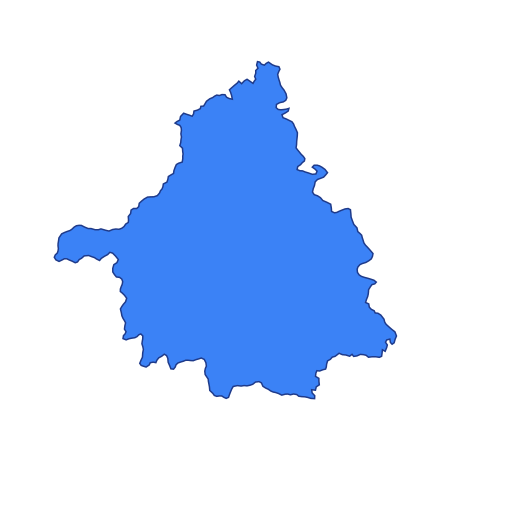 the district of Dores do Indaiá, Minas Gerais, Brazil, rotated 311°
{"feature_id": "56859067B54382916389320", "entity_name": "Dores do Indaiá", "entity_type": "district", "adm_level": 2, "iso_a3": "BRA", "parent_name": "Brazil", "parent_adm1": "Minas Gerais", "projection": "mercator", "projection_center": [-45.547, -19.504], "detail": "fine", "context": "isolated", "style": "filled", "palette": "blue", "viewbox_px": 512, "rotation_deg": 311, "n_neighbors": 0, "source": "geoboundaries", "source_scale": "gbopen_adm2", "svg_char_len": 5822}
<svg xmlns="http://www.w3.org/2000/svg" viewBox="0 0 512 512"><g transform="rotate(311 256 256)"><path d="M365.8,255.3L366.6,251.3L366.3,247.7L365.7,244.9L364.6,242.5L362.6,240.3L360.0,240.2L360.3,243.5L360.1,246.4L357.2,247.4L354.6,244.9L353.0,240.9L351.6,237.8L350.8,235.3L349.2,233.3L348.2,230.3L350.9,228.8L354.1,229.7L356.9,229.7L359.4,230.2L361.5,229.0L362.2,226.4L362.4,223.2L362.9,220.5L363.3,218.0L363.9,215.3L366.7,213.5L369.2,211.5L371.5,209.9L373.8,208.3L376.2,206.4L377.8,203.1L379.1,199.9L380.3,197.7L380.9,195.1L380.1,192.1L379.2,188.7L378.1,185.6L379.7,182.9L383.2,184.3L386.5,185.2L389.0,184.0L386.8,182.6L384.6,180.7L382.6,178.8L381.1,176.5L381.2,173.9L383.8,172.0L387.3,173.3L390.2,175.5L393.0,176.3L395.6,175.5L398.1,172.3L399.6,168.3L400.2,165.1L401.0,162.4L402.7,160.0L404.1,157.7L405.5,155.5L407.3,153.2L410.0,152.2L412.7,151.5L413.9,149.1L412.1,146.0L411.0,142.8L410.5,138.2L408.0,137.3L405.5,137.1L404.3,134.1L404.8,131.6L403.7,129.6L400.5,131.2L399.0,134.3L395.8,134.1L393.8,135.9L390.6,137.2L389.3,139.8L386.5,140.0L384.3,140.5L384.0,137.6L383.5,133.3L380.6,132.3L376.6,132.1L376.7,128.3L374.2,128.4L370.9,127.8L367.3,127.3L364.0,126.9L363.0,129.2L361.1,132.3L358.8,135.3L357.2,132.3L356.5,129.6L357.4,126.8L355.5,124.4L353.1,123.1L351.7,120.8L349.5,119.9L347.2,119.4L344.4,118.0L340.3,117.1L337.2,117.7L334.8,118.1L332.8,116.2L330.7,117.3L327.7,116.1L324.7,114.1L322.2,115.7L319.6,116.1L318.6,113.4L317.4,110.6L316.3,107.7L311.8,107.5L308.6,109.3L305.5,108.1L303.2,107.7L303.7,110.3L304.6,112.8L303.8,115.3L301.9,117.3L298.9,119.2L296.9,121.7L294.4,123.2L292.2,124.8L289.3,126.1L289.1,129.8L286.7,132.2L285.2,134.0L283.3,135.2L281.4,136.9L278.5,138.7L275.2,136.7L272.8,135.9L269.8,136.8L266.5,138.1L264.2,139.6L261.4,138.6L258.5,137.7L256.0,139.2L253.3,140.3L249.6,138.8L247.2,140.3L245.0,141.1L242.6,141.1L240.1,141.9L236.8,141.9L233.7,140.1L231.4,137.6L229.3,135.5L225.7,134.2L222.2,133.6L219.2,133.3L216.3,135.1L213.6,134.8L211.5,132.4L208.7,131.6L205.8,133.5L202.0,133.7L199.5,136.2L197.5,137.6L194.6,136.7L191.6,137.1L188.9,136.5L186.3,135.1L184.4,132.5L181.9,130.4L178.4,128.7L176.8,125.7L175.8,123.5L174.7,121.2L172.4,119.8L170.3,117.4L168.5,113.5L166.6,111.3L165.4,107.7L164.5,104.1L163.0,102.3L161.0,100.6L158.5,99.8L155.4,99.5L153.2,98.9L150.5,97.3L148.0,96.0L145.2,94.8L140.4,95.4L137.6,97.2L135.5,98.5L133.8,99.9L131.9,102.0L129.9,103.3L127.8,104.1L125.2,103.8L122.7,104.6L121.8,107.5L122.7,110.9L125.9,112.3L128.2,113.2L129.8,115.1L130.4,117.4L131.5,120.7L132.3,124.0L134.4,125.2L137.3,124.9L139.8,125.8L143.4,126.3L146.6,129.4L147.8,132.7L148.8,135.1L149.1,137.6L150.0,140.9L152.7,140.8L156.3,141.8L159.7,143.1L162.9,143.3L164.1,145.9L163.8,150.0L163.0,154.4L159.7,155.4L156.2,154.4L152.7,156.0L150.0,158.4L149.1,161.4L148.6,164.4L150.4,167.1L150.5,169.9L149.2,172.2L146.9,173.6L144.7,174.3L142.1,175.3L140.2,176.9L140.3,179.3L140.1,182.4L139.3,186.1L135.8,187.6L132.4,187.6L129.7,187.9L127.1,188.4L124.9,191.5L122.9,194.0L121.7,196.5L120.9,199.1L120.0,201.4L117.2,202.9L114.5,204.7L113.6,207.6L111.3,208.3L109.0,208.2L106.4,209.8L107.5,213.0L110.2,214.4L112.2,215.9L114.9,218.2L117.2,219.1L119.6,219.2L121.6,220.2L121.4,223.0L119.1,224.9L117.2,226.0L114.9,227.5L113.3,230.1L111.6,232.3L108.5,234.1L105.1,236.7L101.9,237.6L98.7,238.7L98.1,241.1L98.9,243.2L100.1,245.9L103.7,246.9L106.1,246.2L108.5,248.1L109.8,250.4L112.2,249.6L115.3,249.4L118.5,250.6L121.7,251.2L122.2,253.8L120.9,256.6L118.2,259.4L116.5,263.0L115.0,265.8L116.5,268.0L119.2,267.9L121.5,267.0L124.1,267.3L126.6,268.7L128.9,270.2L131.3,271.4L132.9,273.3L134.3,275.4L135.8,277.3L138.4,278.7L141.0,280.4L143.1,281.6L144.0,284.8L142.6,288.2L140.3,290.8L138.0,291.5L135.5,292.9L133.2,295.4L132.4,298.3L131.8,300.6L130.1,302.4L128.3,304.7L126.7,306.7L124.2,309.3L124.0,313.6L123.4,316.0L124.3,318.4L126.5,320.3L127.9,322.0L128.3,324.6L129.0,326.9L131.3,328.0L133.7,327.0L136.8,325.9L139.8,324.9L142.6,324.4L146.0,327.0L148.1,330.1L150.4,332.0L152.1,334.4L154.6,336.3L157.1,337.7L160.5,338.3L163.2,340.7L163.8,343.3L162.2,346.7L162.7,350.0L163.5,352.7L163.8,355.7L164.6,358.2L165.8,360.3L167.0,363.2L167.9,366.7L171.0,368.8L172.7,370.6L173.8,373.0L176.5,374.9L178.2,377.7L178.2,380.2L179.8,382.7L181.8,385.3L183.2,387.8L184.5,390.8L186.8,393.8L189.1,392.0L189.5,388.2L191.6,385.7L193.7,388.9L196.8,387.3L200.3,388.3L202.5,385.9L204.9,383.7L204.2,379.9L206.9,378.0L209.4,377.2L211.0,379.5L214.2,381.2L216.3,382.7L218.3,381.9L220.6,380.3L223.8,378.8L226.8,379.9L229.7,379.9L232.1,381.5L234.4,382.0L237.1,382.5L238.2,385.9L240.2,388.7L241.8,392.4L244.8,393.0L244.3,395.6L246.8,397.7L250.2,399.3L252.1,401.9L253.3,404.2L253.4,407.3L256.1,409.7L258.6,412.6L260.5,415.6L262.7,416.6L264.9,415.2L268.2,412.9L268.8,416.0L272.6,414.7L275.0,413.5L275.9,410.3L278.4,409.7L281.1,411.5L278.9,414.2L278.7,416.6L281.1,417.2L284.5,415.6L287.8,414.5L289.9,410.6L289.7,406.6L289.7,404.0L289.8,399.1L290.5,396.6L292.3,394.0L293.3,388.9L292.8,385.6L291.2,383.3L292.2,381.1L291.4,378.0L291.7,375.1L293.8,372.5L292.8,369.2L295.4,368.0L298.6,366.9L300.7,365.8L302.6,364.5L304.4,363.1L307.8,362.5L310.5,362.3L312.9,363.9L315.2,363.9L315.1,360.9L313.8,357.8L312.6,355.1L311.1,352.1L309.8,349.0L309.4,346.3L310.2,343.3L312.4,341.0L314.6,340.1L317.7,340.1L320.1,341.2L323.1,343.1L326.2,344.2L329.4,344.9L332.0,344.2L334.6,342.7L335.4,337.3L335.8,333.9L336.0,331.4L336.7,328.8L338.4,326.1L339.6,324.1L341.0,322.1L341.2,319.8L341.2,316.8L343.5,313.7L344.0,309.1L345.8,305.7L347.7,302.3L350.2,299.8L352.9,296.9L352.3,294.4L349.9,292.3L346.9,290.7L344.3,289.4L341.9,288.4L340.1,286.9L339.2,283.8L341.6,281.4L344.1,278.4L343.0,274.1L341.7,270.0L342.3,266.4L341.8,262.9L340.5,259.7L341.3,256.7L344.4,255.0L347.5,253.9L350.8,252.0L354.1,252.2L357.4,254.0L359.9,255.3L362.8,255.4L365.8,255.3Z" fill="#3b82f6" stroke="#1e3a8a" stroke-width="1.5"/></g></svg>